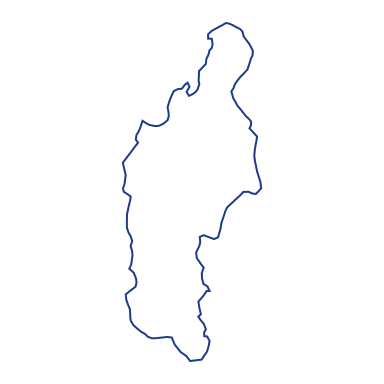 Quatipuru, Pará, Brazil
{"feature_id": "56859067B99309548374267", "entity_name": "Quatipuru", "entity_type": "district", "adm_level": 2, "iso_a3": "BRA", "parent_name": "Brazil", "parent_adm1": "Pará", "projection": "natural_earth1", "projection_center": [-47.01, -0.859], "detail": "fine", "context": "isolated", "style": "outline", "palette": "blue", "viewbox_px": 384, "rotation_deg": 0, "n_neighbors": 0, "source": "geoboundaries", "source_scale": "gbopen_adm2", "svg_char_len": 2257}
<svg xmlns="http://www.w3.org/2000/svg" viewBox="0 0 384 384"><path d="M201.7,359.6L203.5,356.6L207.1,351.5L208.7,345.7L209.6,341.0L207.1,336.4L204.3,336.2L204.1,332.4L205.9,329.2L203.7,323.7L200.4,319.8L198.3,316.6L200.9,314.3L199.4,308.0L198.4,301.5L203.2,296.1L206.6,291.0L209.5,291.0L207.5,286.4L203.5,284.0L202.1,278.8L201.8,273.1L203.7,267.6L200.9,264.0L196.9,258.2L196.1,252.6L199.4,245.8L200.2,242.3L199.8,236.9L203.7,235.2L214.1,239.1L218.1,237.2L220.5,228.7L221.4,223.0L223.7,216.3L225.6,210.4L227.3,207.2L240.4,195.1L243.4,191.9L248.5,191.8L252.3,193.5L255.8,194.0L258.5,191.3L261.2,188.2L260.4,182.0L257.0,171.1L255.8,165.0L254.9,160.9L254.3,155.8L254.8,149.9L255.4,146.2L256.5,140.3L257.1,136.6L249.5,128.3L251.0,125.2L251.1,121.5L248.9,118.9L245.8,116.0L243.2,112.7L240.3,109.0L237.8,106.2L233.2,98.1L231.4,91.4L233.5,88.2L234.8,84.4L237.6,80.3L240.7,76.5L243.7,73.6L247.4,69.5L248.9,65.2L250.0,61.7L251.0,58.3L252.5,55.6L252.9,51.0L251.0,47.0L249.2,43.8L246.4,40.1L243.7,36.5L242.4,31.4L240.0,29.0L237.0,27.5L232.4,25.0L228.8,23.5L225.9,23.0L223.1,24.7L220.1,26.3L216.0,28.5L211.7,30.9L208.1,34.3L208.1,38.6L211.8,38.8L212.6,44.3L211.6,48.2L209.5,50.4L208.4,54.8L206.4,58.9L205.8,64.0L201.6,68.4L199.0,71.2L198.9,75.8L198.6,80.5L199.3,84.1L197.6,89.4L195.5,92.1L192.1,94.4L189.0,95.8L186.6,91.8L189.5,86.8L187.6,82.7L185.0,84.6L181.9,88.7L177.9,89.1L173.8,91.1L171.6,95.7L170.0,99.5L168.5,104.1L167.6,107.4L168.5,112.1L168.8,116.1L167.5,120.3L163.4,123.7L159.0,125.8L155.1,126.1L151.9,125.4L149.3,124.9L146.2,123.2L142.5,120.8L141.1,125.2L139.7,129.0L138.3,132.1L136.4,135.1L135.8,139.5L138.0,142.7L122.8,162.8L125.7,175.0L124.5,184.2L123.0,188.4L123.7,191.7L127.1,193.9L130.6,196.4L130.2,200.2L128.7,206.2L127.0,214.5L126.9,220.7L126.9,227.6L128.4,232.3L130.6,236.2L132.2,241.0L130.6,246.0L132.1,251.0L132.5,255.6L131.2,264.5L129.3,268.8L133.7,272.7L136.1,278.6L136.5,282.7L135.5,286.8L131.7,289.6L125.7,294.4L126.3,299.7L127.8,304.0L130.0,309.5L130.3,317.2L130.8,320.8L133.4,325.1L137.1,328.5L141.2,331.8L145.1,334.0L147.6,336.6L151.9,338.3L156.0,338.2L163.3,337.4L167.2,336.9L171.9,337.6L173.0,340.6L174.8,344.7L177.2,347.7L180.6,352.0L186.4,356.1L190.1,361.0L198.2,360.0L201.7,359.6Z" fill="none" stroke="#1e3a8a" stroke-width="2"/></svg>